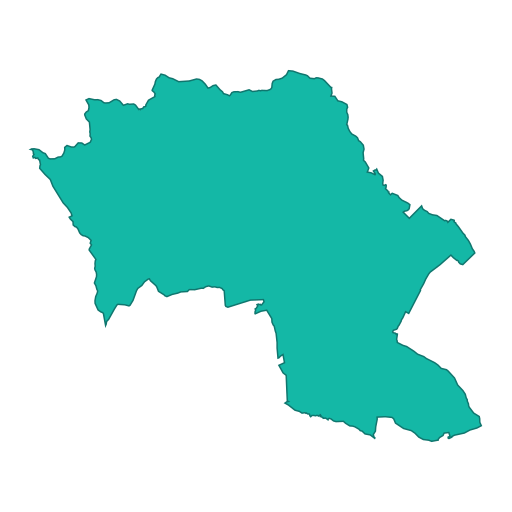 Matasari, Gorj, Romania (Mercator projection)
{"feature_id": "2599482B45597457820399", "entity_name": "Matasari", "entity_type": "district", "adm_level": 2, "iso_a3": "ROU", "parent_name": "Romania", "parent_adm1": "Gorj", "projection": "mercator", "projection_center": [23.06, 44.852], "detail": "fine", "context": "isolated", "style": "filled", "palette": "teal", "viewbox_px": 512, "rotation_deg": 0, "n_neighbors": 0, "source": "geoboundaries", "source_scale": "gbopen_adm2", "svg_char_len": 5960}
<svg xmlns="http://www.w3.org/2000/svg" viewBox="0 0 512 512"><path d="M481.3,425.7L479.8,422.3L479.7,418.7L479.2,416.5L473.7,413.1L469.3,407.3L468.7,406.1L468.4,403.7L467.3,401.2L467.2,399.6L466.2,397.9L465.3,394.3L462.9,390.6L457.7,385.1L454.5,378.0L448.1,371.0L446.5,369.7L441.2,368.4L438.0,365.1L434.8,362.8L426.3,358.5L423.8,356.6L417.6,354.2L414.0,351.3L406.6,346.5L403.0,345.4L397.3,342.5L397.1,340.7L396.6,339.4L397.4,334.1L396.9,333.8L396.2,334.3L395.4,333.2L393.1,332.7L392.6,332.0L393.4,330.3L396.6,329.2L397.3,328.4L398.2,326.1L398.9,325.4L401.1,321.3L401.5,319.8L402.8,317.8L405.6,311.7L408.7,313.4L420.5,290.5L420.3,289.6L423.7,283.6L425.7,279.1L428.8,273.8L430.2,272.1L440.0,264.7L450.9,255.1L453.4,257.7L456.8,260.4L457.3,260.3L458.4,261.1L458.7,262.2L460.3,263.9L462.8,264.6L474.8,253.0L474.1,251.3L472.3,248.7L470.4,244.1L468.4,240.5L465.4,236.7L464.9,235.1L462.9,233.1L458.4,226.7L455.9,223.7L455.8,223.0L454.3,222.0L454.0,221.5L454.3,220.7L454.1,220.2L450.9,219.3L447.9,222.3L447.4,221.2L445.7,220.4L444.6,220.7L436.9,215.5L432.4,214.8L428.7,213.4L427.2,211.6L424.5,210.3L422.6,208.7L421.6,205.9L409.3,218.3L403.2,212.2L404.5,211.2L406.9,210.7L408.6,209.6L409.2,208.5L409.9,204.7L408.0,203.2L401.8,200.1L399.1,197.6L397.8,195.5L392.2,193.3L390.5,194.8L388.9,193.2L388.6,192.8L388.9,192.2L388.4,192.1L387.8,190.9L385.5,188.7L386.1,187.1L386.2,185.1L385.5,184.7L384.5,185.4L383.1,185.1L382.7,183.7L383.1,180.2L382.4,176.4L378.4,173.1L376.7,169.1L376.0,170.0L375.0,170.0L373.4,171.0L375.1,173.5L375.3,174.3L375.0,174.7L371.1,172.8L367.3,172.1L368.8,168.0L365.3,162.0L363.5,160.3L363.7,158.7L363.1,152.7L364.0,149.1L363.3,145.2L360.3,141.7L358.6,140.6L357.5,137.8L355.8,136.2L351.8,134.0L349.8,131.5L348.2,128.3L347.5,125.2L346.7,124.7L347.9,119.3L348.1,117.2L347.8,114.7L346.7,112.2L346.8,108.9L347.6,107.3L346.9,104.5L341.9,101.8L337.8,100.8L334.8,96.3L330.9,96.1L332.0,93.1L331.5,88.9L331.7,87.5L330.8,87.3L324.5,80.6L322.4,79.0L318.1,77.9L316.2,77.8L314.4,78.7L309.9,78.2L307.5,75.8L305.8,75.0L299.7,73.5L292.9,71.1L288.5,70.7L286.5,74.7L282.3,78.1L278.7,79.3L276.0,79.5L273.1,81.2L272.2,83.5L271.8,87.6L271.0,88.8L269.9,89.6L267.1,90.6L261.7,90.4L260.7,90.8L258.8,90.4L257.3,91.0L252.4,91.5L249.1,89.8L240.4,92.3L238.0,91.7L233.9,91.8L231.9,92.6L230.1,95.3L229.4,95.8L227.6,94.8L223.5,93.6L222.5,91.8L220.0,89.7L215.9,85.0L213.1,85.6L210.2,87.5L208.0,88.1L205.3,84.2L203.2,82.0L202.0,80.8L199.4,79.4L196.5,79.0L189.2,81.0L178.7,81.7L172.7,78.7L169.1,77.8L165.1,75.2L161.0,74.1L159.1,77.1L157.9,77.6L156.5,79.0L155.4,81.5L154.9,84.1L152.2,90.1L152.2,90.6L153.9,92.0L155.2,93.9L154.7,95.1L154.9,96.6L148.5,100.2L145.8,105.0L145.9,106.0L145.2,106.6L143.7,106.9L142.7,108.5L140.4,109.0L140.2,109.6L139.1,109.0L138.7,109.4L135.5,105.1L133.7,104.0L129.4,104.3L127.6,103.8L123.4,105.3L119.7,101.0L116.4,99.4L114.1,99.8L109.1,102.8L105.5,103.0L104.0,102.8L101.0,100.5L97.8,99.7L94.7,99.8L89.0,98.6L86.0,100.0L88.8,104.9L89.0,107.5L88.3,110.7L86.3,112.0L84.8,113.9L84.7,114.8L86.3,118.9L89.4,122.1L90.1,129.6L89.8,131.9L90.2,133.8L90.0,136.1L91.1,137.7L91.5,139.4L90.2,142.3L84.7,145.0L81.8,143.0L78.2,142.9L74.8,146.7L73.8,147.1L71.3,147.0L67.0,145.5L64.7,147.4L64.8,149.9L63.9,152.9L62.0,156.2L60.5,156.9L58.1,157.1L54.7,158.8L50.2,158.9L48.4,158.3L45.3,153.6L42.9,152.7L39.0,149.7L34.3,148.8L31.7,148.9L30.7,149.4L32.6,149.9L33.3,152.0L33.4,153.7L34.0,154.4L32.7,156.3L33.3,157.9L34.9,157.4L35.7,158.4L37.8,158.0L38.6,159.6L39.6,160.0L40.5,164.8L40.0,165.7L39.7,168.3L45.0,174.4L50.3,179.5L52.9,186.2L63.2,202.9L67.4,207.4L71.1,212.9L72.0,215.8L69.2,217.2L70.4,219.1L73.0,221.6L73.2,225.0L75.1,226.7L76.4,227.0L77.9,228.8L79.7,232.9L81.1,234.5L83.0,235.7L85.0,236.0L88.3,237.6L91.1,240.4L90.2,243.2L91.5,244.9L89.2,249.2L89.2,250.1L95.9,259.4L95.3,260.8L95.0,263.6L95.2,266.2L94.7,268.3L95.0,269.8L96.2,272.1L96.6,274.4L96.5,276.7L94.4,283.0L95.9,285.7L96.9,289.4L97.5,290.5L97.6,291.5L97.1,293.4L95.7,296.6L95.0,300.7L95.1,303.4L98.1,310.0L100.8,311.9L102.6,312.6L103.4,313.5L105.6,325.5L106.2,324.1L106.6,321.5L108.6,319.4L114.4,309.0L116.9,305.0L117.9,304.3L124.9,304.8L129.0,305.9L130.0,305.3L133.0,300.4L136.5,290.7L137.8,288.4L141.8,285.5L144.5,281.8L148.2,279.1L149.4,278.8L150.4,280.7L156.0,285.7L156.9,287.2L158.5,291.3L164.2,294.9L164.8,295.7L166.9,296.6L172.2,294.4L177.8,293.1L180.8,291.9L187.4,291.5L189.3,289.6L194.7,289.7L201.3,288.2L203.3,288.3L205.7,286.7L208.8,285.9L212.1,287.1L214.9,286.8L217.2,287.5L219.6,287.4L222.2,288.6L222.8,289.7L224.2,290.7L225.3,305.3L225.9,306.4L227.9,307.2L250.4,300.1L263.4,299.6L264.0,301.8L261.6,304.9L260.8,305.0L260.2,304.3L258.9,304.6L258.4,304.1L257.0,304.6L257.7,306.0L256.0,308.6L255.2,308.9L255.6,310.5L255.1,311.6L255.0,313.5L255.2,313.8L261.1,311.2L266.7,310.2L271.8,318.6L272.0,322.2L273.3,325.1L274.2,326.1L275.3,331.0L276.1,333.3L277.1,342.5L277.1,348.1L278.0,358.1L278.9,357.8L280.5,356.1L283.0,354.5L284.5,362.7L278.9,365.3L283.1,372.9L286.2,375.3L287.3,400.9L288.3,401.5L286.8,401.8L285.0,403.1L288.4,405.0L295.0,410.2L299.4,411.4L302.0,413.1L305.0,412.7L305.9,413.3L306.5,413.0L307.6,413.9L309.5,414.1L309.9,415.8L310.7,416.7L311.9,415.5L313.8,415.4L315.5,415.8L317.0,415.3L318.8,416.1L318.8,415.6L320.3,414.9L320.3,415.4L320.9,415.6L320.6,416.6L322.9,417.5L323.2,418.3L325.7,418.1L328.0,419.8L328.3,418.8L329.2,418.3L331.1,419.0L333.5,420.9L336.0,421.6L343.4,421.3L345.6,423.3L349.8,425.9L352.7,426.1L354.9,426.8L359.0,429.2L360.2,430.6L362.1,431.1L365.0,433.9L370.2,434.9L374.7,438.3L374.9,437.9L374.0,437.0L373.3,434.5L375.4,431.2L375.7,426.9L377.2,419.2L377.1,417.1L385.3,416.7L392.0,417.4L393.7,418.8L395.5,423.1L403.6,428.5L411.3,430.6L415.0,433.2L418.8,437.1L423.3,439.5L428.8,440.2L431.6,441.3L438.2,440.1L438.2,439.3L439.6,437.5L443.0,435.5L444.1,433.1L448.8,432.5L449.9,435.9L449.7,436.4L448.1,437.2L448.3,438.3L449.0,438.5L451.7,437.2L451.5,436.8L454.4,435.2L464.4,433.0L470.0,430.0L476.9,428.0L481.3,425.7Z" fill="#14b8a6" stroke="#0f766e" stroke-width="1.5"/></svg>